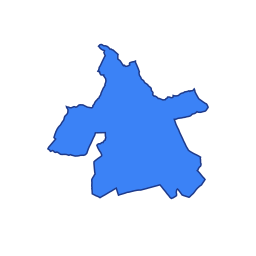 Mogotio, Rift Valley, Kenya (orthographic projection), rotated 67°
{"feature_id": "3690345B85271046016228", "entity_name": "Mogotio", "entity_type": "district", "adm_level": 2, "iso_a3": "KEN", "parent_name": "Kenya", "parent_adm1": "Rift Valley", "projection": "orthographic", "projection_center": [35.951, 0.165], "detail": "fine", "context": "isolated", "style": "filled", "palette": "blue", "viewbox_px": 256, "rotation_deg": 67, "n_neighbors": 0, "source": "geoboundaries", "source_scale": "gbopen_adm2", "svg_char_len": 5798}
<svg xmlns="http://www.w3.org/2000/svg" viewBox="0 0 256 256"><g transform="rotate(67 128 128)"><path d="M50.3,111.3L49.9,112.0L48.8,112.6L48.4,113.8L47.6,113.9L46.5,114.4L45.7,114.7L44.8,115.2L44.5,115.8L43.8,116.2L43.4,117.0L42.9,118.1L42.2,118.7L41.5,119.2L41.2,119.3L40.6,120.1L40.4,121.3L40.8,122.2L41.2,123.2L42.2,122.8L43.2,122.6L44.3,122.2L46.3,120.9L46.9,120.0L47.7,119.4L49.3,120.8L49.9,120.7L51.5,120.8L52.6,120.7L53.4,121.9L56.8,125.8L59.0,128.2L59.7,129.0L60.4,129.9L60.9,130.8L61.7,131.2L62.4,131.8L63.1,132.3L64.0,133.6L64.6,133.1L64.9,132.2L67.2,132.5L68.6,132.1L69.6,130.0L69.8,129.6L70.5,130.0L74.1,129.3L75.0,129.7L75.9,129.8L77.1,130.6L78.2,131.6L78.8,132.2L79.8,132.4L80.2,133.2L81.1,134.1L81.5,135.0L82.6,136.2L83.2,136.8L83.7,137.4L84.4,138.1L85.0,138.8L86.0,139.6L87.0,140.4L87.6,141.4L88.1,142.2L89.0,142.8L89.2,144.1L89.9,145.4L90.3,146.4L90.9,147.7L91.6,148.6L93.0,150.1L93.6,151.5L94.8,152.1L95.3,153.4L94.4,155.0L93.8,155.8L93.2,156.9L92.3,157.8L91.4,158.5L90.5,159.4L89.5,160.1L89.0,160.8L88.6,161.6L88.2,162.5L87.9,163.2L87.7,164.2L88.0,165.1L88.1,165.4L88.5,166.4L88.5,167.9L87.6,168.7L87.2,169.5L87.2,170.3L87.2,171.2L87.2,172.4L86.6,173.6L85.7,174.4L85.2,175.1L85.0,175.7L84.3,176.3L85.4,176.5L86.2,176.2L87.5,176.1L88.4,176.4L90.1,177.3L91.0,178.1L91.6,179.3L92.1,180.5L92.6,181.7L93.5,182.5L94.6,183.3L95.6,184.1L95.9,184.6L96.5,185.7L97.2,186.8L98.1,187.9L98.5,188.6L99.0,189.2L99.3,190.2L100.2,192.0L100.5,192.4L101.3,193.6L102.1,194.5L103.4,196.0L104.4,196.8L105.1,197.6L106.0,198.3L107.0,199.2L107.9,199.9L109.9,198.9L114.7,208.5L115.9,209.9L116.8,209.4L117.5,208.8L118.3,208.7L119.2,208.5L119.3,207.6L119.2,206.7L119.3,206.2L120.3,205.4L121.3,205.2L121.9,204.6L122.3,203.9L122.3,202.9L123.3,201.9L124.5,201.2L125.9,200.3L126.6,199.0L127.0,197.9L127.4,196.9L127.7,196.2L128.2,195.2L128.5,194.8L130.0,193.1L130.1,191.2L130.9,190.6L131.7,189.5L132.5,188.5L133.2,187.6L133.6,186.5L134.0,185.4L134.4,183.9L134.5,182.7L135.3,180.5L135.7,179.8L135.8,179.1L135.9,178.7L135.9,178.3L135.9,177.6L135.8,177.3L135.3,176.2L135.0,175.6L134.5,175.2L134.0,174.8L131.5,172.5L129.6,170.5L127.6,168.1L123.7,163.9L122.6,162.6L121.8,161.6L119.7,159.9L121.6,155.1L122.5,152.9L123.4,150.7L126.4,151.9L128.2,152.2L128.7,152.6L129.1,153.1L130.2,153.6L130.2,154.6L130.6,155.3L131.0,156.1L131.6,156.6L131.2,157.5L131.3,158.5L131.7,159.7L131.1,161.0L131.2,162.5L131.7,163.4L134.5,163.5L137.6,163.2L139.8,162.7L142.3,162.7L143.3,163.1L143.7,164.4L144.3,167.4L145.2,170.9L145.8,172.5L147.4,173.2L149.5,173.9L151.9,174.7L155.4,175.8L157.5,176.3L158.2,177.5L159.0,178.4L159.9,179.8L160.4,180.4L161.1,181.3L161.8,181.7L163.1,182.2L164.1,182.5L167.2,184.0L169.3,184.6L169.8,185.1L170.4,185.1L172.7,185.9L174.6,186.6L177.9,183.9L179.6,182.1L181.2,181.0L180.9,179.1L180.7,177.2L180.5,175.2L180.2,173.1L179.7,169.6L179.6,168.4L179.4,166.9L179.2,165.7L179.0,164.4L178.8,162.3L183.5,162.8L186.1,163.0L186.2,161.2L186.4,159.6L186.6,157.9L186.8,156.2L186.9,153.9L187.4,152.2L187.7,150.2L188.3,146.5L188.8,144.2L189.1,143.0L190.1,140.5L190.3,139.0L190.9,135.0L191.1,133.4L191.2,132.4L191.4,131.2L191.9,127.5L192.4,124.0L192.8,120.8L195.3,120.0L198.4,119.2L201.3,118.3L203.5,117.8L206.3,116.9L208.4,116.4L209.8,115.6L209.8,114.5L209.9,113.6L209.7,112.6L209.5,111.1L209.2,109.8L208.3,109.3L207.4,109.0L206.2,108.8L205.2,108.2L204.1,107.4L203.7,106.9L203.5,106.3L204.5,105.8L205.5,105.6L207.1,105.2L208.4,104.9L209.2,104.7L210.7,104.4L212.0,103.1L214.9,99.7L215.6,98.9L215.4,97.9L214.8,96.5L213.7,93.4L213.0,92.1L212.3,90.9L211.3,89.2L210.4,87.3L209.9,85.7L209.5,85.0L209.5,84.6L209.3,83.6L209.1,82.6L207.6,80.4L207.0,79.4L205.5,77.2L204.0,77.6L202.2,78.3L197.0,79.8L195.0,80.5L194.3,80.9L193.8,79.9L193.0,79.2L192.5,78.5L191.8,77.4L191.5,76.2L190.9,75.6L190.7,75.4L190.3,75.2L189.6,74.8L188.4,74.8L186.4,74.0L185.5,73.6L184.6,73.5L183.9,73.1L183.2,72.6L181.4,73.9L179.8,75.2L178.9,76.0L177.9,76.9L176.3,78.2L173.6,80.2L171.9,81.1L170.5,81.2L167.9,81.6L164.5,81.7L161.7,81.9L159.4,81.9L157.1,82.0L152.4,82.2L149.6,82.1L146.5,82.3L143.4,82.4L138.1,82.0L138.5,80.8L138.7,79.8L138.6,78.7L138.8,77.5L139.2,76.2L139.7,74.5L139.9,73.0L140.1,72.6L140.3,71.7L140.5,70.6L140.6,69.4L140.9,68.5L141.1,67.3L141.2,66.0L141.1,65.3L140.8,64.5L140.4,63.7L140.4,62.8L140.5,62.3L140.6,61.7L140.7,60.9L140.5,59.6L139.9,58.1L140.8,57.4L141.4,56.2L141.9,55.1L142.1,54.0L142.2,52.9L142.6,50.6L142.6,50.3L142.5,49.8L142.2,49.2L142.0,48.7L141.2,47.6L140.7,47.0L140.6,46.4L140.0,46.1L139.0,46.1L137.2,46.2L136.4,46.4L135.7,47.1L133.6,48.5L129.5,51.0L128.5,51.5L127.4,51.6L124.8,51.9L122.6,52.1L121.0,52.2L119.3,51.8L117.9,51.8L118.1,52.3L118.7,53.2L118.8,54.3L118.2,56.0L118.5,56.8L117.6,57.3L117.6,58.3L117.5,59.3L117.2,60.7L116.9,61.8L117.1,62.5L117.2,63.4L117.0,64.6L116.9,65.7L117.1,66.7L117.3,67.7L117.5,68.1L117.8,68.8L117.6,69.8L117.4,70.8L117.1,71.5L116.8,72.3L116.2,73.2L115.7,73.7L116.2,74.0L116.6,74.2L116.9,74.3L117.3,74.9L117.2,75.7L116.9,76.6L116.0,77.4L115.4,78.3L115.2,79.1L115.0,79.5L115.8,80.4L115.9,81.8L116.5,82.6L115.8,84.9L114.9,85.8L113.1,87.6L112.7,88.7L111.9,88.8L111.2,89.3L110.7,89.4L109.8,90.1L109.1,90.7L109.0,91.5L107.9,91.8L107.2,92.3L106.1,91.9L105.6,91.3L105.0,91.2L104.8,91.2L104.0,91.4L102.7,91.8L101.6,91.5L100.5,91.2L99.6,91.4L98.7,91.9L97.8,92.4L96.8,92.9L95.9,92.9L94.9,93.5L94.0,94.1L93.4,94.6L92.5,94.9L91.6,95.1L90.6,95.1L89.7,95.6L88.6,96.3L87.7,96.6L86.6,96.4L85.4,96.6L84.0,96.9L82.8,96.6L81.5,96.4L80.8,95.6L78.9,95.5L77.1,95.4L72.6,95.4L70.6,95.5L69.3,95.0L69.3,95.6L69.2,96.7L68.9,98.0L68.7,99.3L68.7,100.9L69.4,101.6L70.6,101.7L70.8,102.9L70.8,103.8L70.8,104.8L70.4,105.7L70.2,106.4L69.1,106.6L68.6,107.1L68.8,107.9L67.3,108.2L66.2,108.4L63.2,108.9L61.7,109.7L60.8,110.2L60.5,110.4L57.2,109.0L56.4,108.4L50.3,111.3Z" fill="#3b82f6" stroke="#1e3a8a" stroke-width="1.5"/></g></svg>